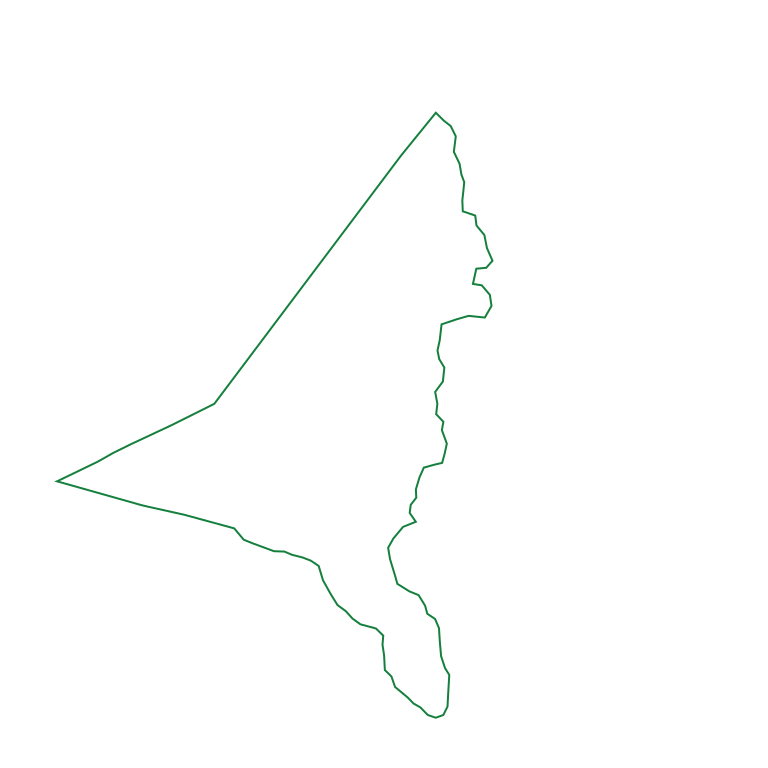 outline of Bela Vista do Maranhão, Maranhão, Brazil, rotated 302°
{"feature_id": "56859067B77541531950227", "entity_name": "Bela Vista do Maranhão", "entity_type": "district", "adm_level": 2, "iso_a3": "BRA", "parent_name": "Brazil", "parent_adm1": "Maranhão", "projection": "albers", "projection_center": [-45.274, -3.767], "detail": "fine", "context": "isolated", "style": "outline", "palette": "green", "viewbox_px": 768, "rotation_deg": 302, "n_neighbors": 0, "source": "geoboundaries", "source_scale": "gbopen_adm2", "svg_char_len": 1426}
<svg xmlns="http://www.w3.org/2000/svg" viewBox="0 0 768 768"><g transform="rotate(302 384 384)"><path d="M182.1,190.9L166.4,182.4L128.2,158.3L152.7,242.4L155.2,249.8L167.2,283.7L182.2,333.5L177.6,347.6L179.2,356.6L183.9,379.3L189.1,388.3L190.4,396.5L193.7,406.7L195.4,415.4L195.1,425.0L185.2,436.3L177.4,450.5L171.9,461.7L171.1,472.1L168.4,481.5L167.7,491.3L172.4,506.7L170.2,516.7L162.1,520.9L153.9,527.9L141.9,536.3L139.9,545.3L132.9,554.0L130.7,570.2L128.7,578.4L129.0,586.3L126.5,596.5L128.4,604.7L134.7,609.7L144.1,608.8L154.9,602.8L171.9,593.5L175.4,586.3L183.4,576.7L194.9,568.0L206.1,560.0L211.8,551.8L212.1,542.5L217.8,536.3L223.3,525.2L221.6,515.4L221.6,501.2L227.1,495.2L238.6,482.0L247.3,474.3L258.0,473.8L273.0,475.9L284.0,484.0L288.3,474.1L295.7,470.7L304.7,471.6L311.5,466.9L323.5,463.6L334.2,462.1L342.2,469.4L347.9,475.1L356.9,472.4L366.7,468.9L375.6,457.5L383.4,454.4L386.1,444.2L395.4,439.8L404.4,431.6L417.3,432.6L429.9,426.5L434.4,417.6L440.8,411.6L450.6,408.1L465.1,401.2L477.1,411.1L486.6,419.6L493.8,434.3L507.2,433.8L515.7,426.5L519.5,414.6L516.0,406.4L530.7,401.2L536.7,409.1L546.0,410.7L553.9,399.2L563.5,390.2L567.4,378.5L575.2,372.1L572.2,359.3L581.1,353.2L590.6,348.6L597.7,345.1L602.6,338.7L610.8,331.4L617.9,320.2L632.1,313.6L638.1,303.9L639.0,295.4L641.5,284.2L586.7,277.4L277.3,250.6L236.1,225.4L221.6,216.0L198.9,201.3L182.1,190.9Z" fill="none" stroke="#15803d" stroke-width="2"/></g></svg>